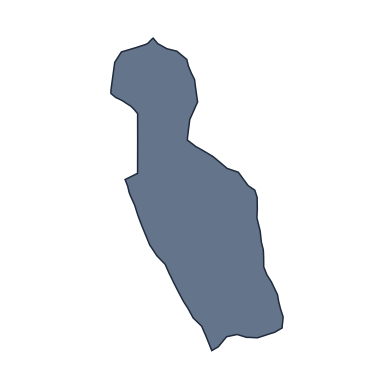 the district of Oshimili North, Delta, Nigeria, rotated 166°
{"feature_id": "59680162B77604659700593", "entity_name": "Oshimili North", "entity_type": "district", "adm_level": 2, "iso_a3": "NGA", "parent_name": "Nigeria", "parent_adm1": "Delta", "projection": "albers", "projection_center": [6.642, 6.301], "detail": "fine", "context": "isolated", "style": "filled", "palette": "slate", "viewbox_px": 384, "rotation_deg": 166, "n_neighbors": 0, "source": "geoboundaries", "source_scale": "gbopen_adm2", "svg_char_len": 1650}
<svg xmlns="http://www.w3.org/2000/svg" viewBox="0 0 384 384"><g transform="rotate(166 192 192)"><path d="M137.5,38.2L136.6,41.0L135.7,43.2L133.8,48.7L134.4,57.5L134.4,64.6L133.9,71.5L133.9,71.8L136.7,85.5L139.4,93.7L140.5,102.0L138.4,110.8L137.5,115.0L136.8,118.5L136.8,122.3L136.8,126.8L135.4,136.9L135.3,137.8L135.3,151.0L133.5,157.2L132.7,159.8L132.0,162.9L130.1,170.9L130.6,178.6L136.0,184.6L142.3,200.0L152.2,206.4L158.1,214.6L159.6,216.6L162.6,220.7L163.0,221.2L168.9,227.2L177.5,235.4L184.0,243.6L183.1,246.1L180.3,253.5L179.3,256.0L176.6,262.9L169.6,271.8L168.5,273.3L166.8,275.4L164.8,277.9L163.3,292.2L162.9,295.7L162.3,300.4L163.9,307.6L165.0,314.7L165.0,321.9L170.3,329.1L172.6,332.3L181.7,337.1L189.3,344.2L192.5,350.7L194.0,350.0L195.6,349.0L198.1,347.4L198.6,347.1L199.0,346.9L201.2,346.4L201.3,346.4L206.7,346.0L212.3,345.6L212.9,345.6L226.6,345.0L229.5,342.3L231.7,340.2L235.6,336.5L243.2,317.5L246.2,309.9L246.8,307.1L243.0,302.0L240.8,300.3L238.1,298.0L236.3,296.2L234.9,294.6L232.9,292.5L230.6,290.1L229.3,288.0L227.9,285.6L225.8,281.1L226.4,278.8L228.5,270.4L231.6,257.8L235.1,243.9L240.3,223.3L253.9,220.3L253.0,213.2L253.1,206.7L252.5,202.3L250.8,193.0L250.2,183.1L249.1,173.2L247.5,162.2L246.7,156.9L245.8,150.6L245.3,149.4L241.5,138.6L235.5,128.2L233.9,118.8L233.2,115.8L231.8,109.1L231.7,108.4L231.5,107.7L229.5,99.0L226.8,88.1L224.0,79.8L221.3,69.4L216.3,61.4L215.1,59.4L213.3,48.8L211.2,33.3L204.0,35.4L201.3,37.4L195.8,41.5L193.3,43.2L182.6,42.8L174.5,37.9L173.6,37.6L171.7,37.1L163.8,34.7L154.7,35.3L152.4,35.5L145.6,35.9L139.8,37.6L138.3,38.0L137.5,38.2Z" fill="#64748b" stroke="#1e293b" stroke-width="1.5"/></g></svg>